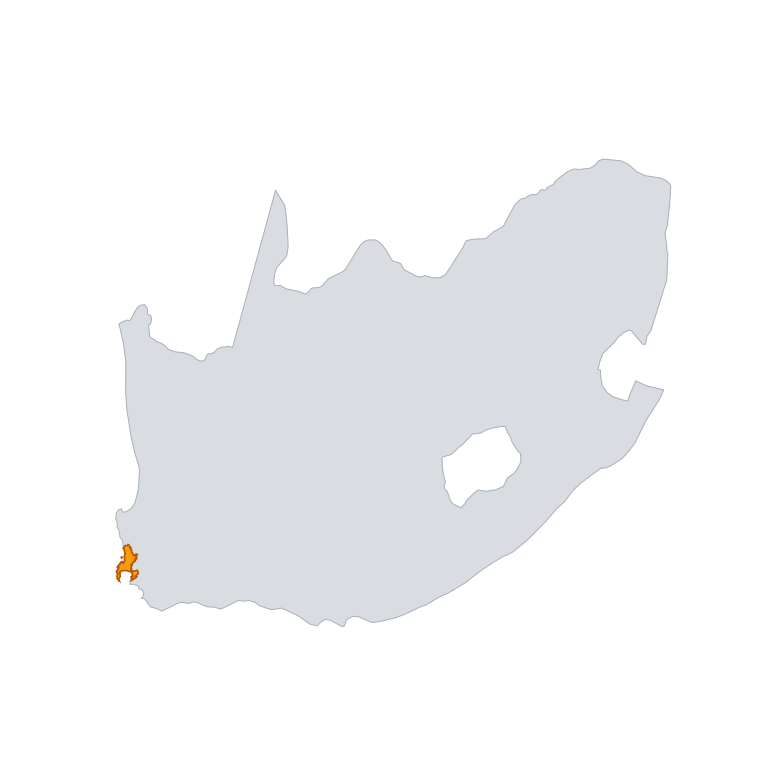 City of Cape Town, Western Cape, South Africa shown in context, rotated 15°
{"feature_id": "47623444B95865124382580", "entity_name": "City of Cape Town", "entity_type": "district", "adm_level": 2, "iso_a3": "ZAF", "parent_name": "South Africa", "parent_adm1": "Western Cape", "projection": "equal_earth", "projection_center": [18.52, -33.915], "detail": "fine", "context": "in_parent", "style": "filled", "palette": "amber", "viewbox_px": 768, "rotation_deg": 15, "n_neighbors": 0, "source": "geoboundaries", "source_scale": "gbopen_adm2", "svg_char_len": 8670}
<svg xmlns="http://www.w3.org/2000/svg" viewBox="0 0 768 768"><g transform="rotate(15 384 384)"><path d="M537.5,110.0L555.5,107.0L563.5,108.7L573.1,113.5L582.1,115.2L597.5,113.5L602.7,114.3L606.9,115.9L609.8,118.5L613.6,137.6L616.7,158.0L616.4,164.6L616.9,167.1L620.9,175.8L622.4,181.2L624.7,185.5L629.6,207.2L630.1,211.0L628.0,263.3L625.7,269.6L626.3,277.7L623.7,278.8L608.9,268.4L606.2,268.8L601.9,272.7L597.7,278.8L595.7,284.0L587.5,298.0L586.7,306.8L587.0,314.4L589.6,314.8L591.2,320.2L595.0,328.9L601.7,334.5L608.1,337.0L617.1,337.6L624.2,337.5L624.0,331.6L626.3,315.9L638.1,317.8L655.7,317.3L654.1,327.5L646.7,350.8L641.5,376.8L635.7,390.0L632.5,395.4L623.6,404.9L619.0,408.1L615.2,409.2L599.9,428.5L594.1,437.8L588.7,451.3L583.7,458.7L576.0,474.5L562.8,497.7L551.9,512.9L547.1,517.3L544.0,519.4L535.5,528.2L523.4,542.3L514.1,554.8L500.5,569.0L492.7,575.2L480.9,587.4L477.6,589.2L464.4,600.5L455.0,607.3L439.9,615.3L433.9,617.5L419.8,615.4L413.9,616.5L408.9,621.3L408.2,628.2L406.2,629.2L393.3,626.1L387.9,626.6L384.7,630.3L382.1,634.9L374.7,635.1L361.6,630.3L346.1,627.4L342.5,627.1L334.9,630.7L332.3,631.2L321.3,630.4L315.3,628.2L309.5,628.1L305.0,630.0L299.6,630.7L284.8,643.5L277.3,643.6L270.7,645.0L259.3,643.3L255.8,644.1L252.4,646.4L244.5,647.4L241.5,649.3L228.2,661.0L222.8,659.8L215.9,659.7L208.2,653.4L205.2,653.8L206.0,651.9L206.2,648.6L203.5,645.2L200.4,645.4L198.8,642.6L194.1,642.3L190.3,643.2L189.6,632.3L187.8,631.2L183.1,631.0L180.8,631.4L179.7,632.4L178.5,634.9L178.5,642.4L176.8,640.3L175.0,635.7L174.4,630.9L175.0,625.1L178.6,623.0L177.5,615.7L172.0,603.1L168.7,600.4L166.0,593.9L163.4,591.6L162.3,587.1L159.7,583.4L158.8,577.7L160.2,574.4L162.5,572.6L164.8,575.5L167.6,574.3L171.7,570.2L174.1,563.9L174.2,553.8L173.6,547.4L170.3,531.1L168.8,527.3L161.5,515.6L153.0,499.8L142.1,474.9L136.9,459.9L128.9,429.6L121.9,412.4L113.4,396.2L112.3,395.2L113.5,393.2L118.1,389.5L120.2,388.5L121.3,389.0L122.3,387.9L123.4,385.4L124.1,379.7L126.2,373.7L128.1,371.1L132.1,369.4L135.2,371.7L136.5,373.9L137.1,376.8L138.4,378.2L140.6,378.1L142.1,379.9L143.0,383.6L142.9,386.3L141.6,387.9L141.8,390.1L143.4,392.8L145.1,398.7L153.4,401.8L158.1,402.2L162.5,403.7L166.6,406.3L173.5,407.0L183.0,405.6L190.8,406.2L196.9,408.8L201.4,409.3L204.1,407.6L205.4,405.3L205.0,402.2L206.4,400.3L209.5,399.4L212.0,397.1L213.8,393.3L218.2,390.2L225.0,387.8L228.3,387.9L229.1,225.1L241.2,236.4L244.0,241.7L249.8,257.0L255.8,275.9L256.8,285.0L256.5,286.9L250.2,299.3L249.9,305.4L250.6,312.5L252.0,316.1L253.8,317.3L258.1,315.5L264.8,317.4L277.5,316.6L283.8,317.5L285.4,316.9L286.8,315.4L288.6,311.1L290.1,309.7L296.0,307.8L298.6,305.4L302.9,296.9L315.7,285.5L317.1,282.8L325.4,255.5L327.8,251.6L331.4,249.0L338.4,247.0L342.5,248.1L346.8,250.5L351.7,254.4L359.0,261.9L361.5,263.0L369.0,263.3L373.5,268.2L387.3,271.5L391.3,271.3L395.7,268.7L402.8,268.8L410.5,266.9L415.2,262.1L424.8,232.2L425.9,225.6L427.0,223.8L434.3,220.4L443.3,217.8L445.1,216.5L450.8,208.1L458.3,201.2L463.9,177.1L467.3,171.4L469.4,169.0L470.7,169.0L472.6,167.5L475.1,164.5L478.0,162.7L481.4,162.0L483.6,160.1L484.6,156.8L486.4,155.2L488.8,155.3L490.3,154.3L490.7,152.2L496.2,147.0L496.4,144.9L499.7,139.8L506.0,131.7L511.9,127.1L517.3,126.2L527.4,122.1L531.1,118.2L533.5,112.9L537.5,110.0ZM510.4,461.2L519.2,457.3L525.8,452.1L527.6,442.6L532.8,436.7L534.8,431.3L536.4,423.7L533.8,415.9L529.8,413.6L522.7,406.8L519.6,402.1L515.3,398.3L512.3,393.6L507.2,395.1L499.3,398.9L494.3,402.3L490.1,406.4L482.6,409.3L475.4,422.3L473.1,425.2L467.4,434.6L459.5,439.3L459.3,441.0L461.7,448.6L465.0,456.3L468.6,462.5L468.3,466.4L469.5,469.3L472.8,471.4L478.2,479.2L480.9,481.7L489.5,483.5L490.8,483.0L493.3,478.4L493.7,475.2L499.8,465.1L502.4,462.0L510.4,461.2Z" fill="#d9dde1" stroke="#a8b0b8" stroke-width="1"/><path d="M188.9,612.3L188.6,612.8L188.1,612.8L188.0,613.5L187.8,613.5L187.8,614.0L187.3,614.4L186.5,613.9L186.3,614.2L185.9,614.2L185.8,613.5L185.2,612.7L185.1,612.8L184.7,612.2L184.3,612.2L183.8,611.7L183.6,611.3L183.5,610.0L183.1,610.1L182.1,609.6L181.9,609.1L182.3,608.9L182.1,607.8L181.8,607.4L180.9,607.6L180.5,607.5L180.5,606.6L180.1,606.3L180.0,606.0L179.6,605.6L178.3,605.2L177.8,606.3L177.3,606.9L176.6,607.0L176.1,606.8L175.5,607.5L175.2,608.2L175.2,608.5L174.6,608.9L174.7,609.4L175.0,609.8L175.2,610.1L175.2,610.3L175.3,610.4L175.3,610.5L175.1,610.6L175.5,610.7L175.6,611.0L175.8,611.5L176.3,611.7L177.3,613.7L177.4,613.9L177.2,614.0L177.4,613.9L177.5,614.0L177.2,614.0L177.5,614.1L177.9,615.5L177.9,616.0L177.6,616.3L177.6,616.5L177.8,617.0L177.9,617.8L178.1,618.4L178.4,619.1L178.7,619.7L179.2,620.8L179.3,621.4L179.4,622.2L179.2,623.1L178.8,623.8L178.6,624.0L178.3,624.0L178.0,623.7L177.7,623.6L177.8,623.7L177.7,623.7L178.0,623.7L177.9,623.8L178.3,624.1L178.1,624.2L178.1,624.3L178.0,624.2L177.7,623.8L178.0,624.1L177.9,624.2L178.0,624.3L177.8,624.3L177.7,624.2L177.8,624.3L177.3,623.9L177.5,623.7L177.6,623.8L177.5,623.7L177.4,623.6L177.3,623.8L177.3,623.7L177.2,623.8L177.2,623.7L177.3,623.7L177.2,623.6L177.3,623.5L177.6,623.4L177.1,623.6L176.9,623.4L176.4,623.5L176.2,623.9L176.0,624.2L175.8,624.4L175.8,624.6L175.7,624.7L175.8,625.1L175.7,625.2L175.6,625.3L175.8,625.6L175.7,625.8L175.7,625.7L175.8,626.0L175.6,626.0L175.6,626.6L175.3,627.0L175.2,626.9L175.0,627.2L174.8,627.2L174.7,627.3L174.7,627.6L174.6,627.8L174.6,628.1L174.4,628.2L174.4,628.3L174.3,628.6L174.0,628.9L173.6,628.9L173.9,629.0L173.7,629.3L173.6,629.6L174.1,629.8L174.1,630.0L174.7,630.3L174.8,630.2L174.9,629.9L174.8,630.0L174.7,630.0L174.9,629.8L174.8,629.7L175.1,629.7L175.3,629.8L175.3,630.1L175.5,630.4L175.3,630.8L175.1,631.0L175.1,631.3L174.9,631.6L175.1,631.9L175.1,632.2L174.9,633.2L174.5,633.1L174.3,633.5L174.0,633.6L174.0,633.8L173.9,633.9L174.0,634.3L174.5,635.2L174.7,635.4L174.8,635.2L175.0,635.2L175.3,635.6L175.6,636.0L175.6,636.3L175.6,636.7L175.8,637.5L175.7,637.9L175.9,638.4L175.8,638.5L175.9,638.8L176.0,639.1L175.8,639.2L175.8,639.3L176.1,639.5L176.3,639.9L176.4,640.0L176.7,640.6L176.5,640.8L177.0,641.2L177.0,641.4L177.2,641.6L177.4,641.8L177.9,642.0L178.1,642.0L178.3,642.1L178.4,642.3L178.6,642.5L178.8,642.8L179.0,642.9L179.1,642.7L179.6,642.9L179.3,642.5L179.1,642.5L178.8,642.2L178.6,641.5L178.4,641.3L178.5,641.2L178.4,640.9L178.6,640.4L178.6,640.2L178.9,639.6L178.9,639.4L178.7,639.2L178.7,638.8L179.0,638.5L178.9,638.1L179.0,637.9L178.9,637.8L178.9,637.7L179.0,637.6L178.7,637.3L178.5,636.6L178.2,636.1L177.9,635.7L177.7,635.6L177.9,635.8L177.7,635.7L177.7,635.8L177.6,635.7L177.6,635.9L177.4,635.9L177.3,635.5L177.4,635.0L177.6,634.8L177.5,634.5L177.6,634.4L177.8,634.1L177.7,633.8L177.5,633.7L177.8,633.3L178.0,633.3L178.1,633.2L178.6,632.6L178.7,632.4L179.0,632.2L179.8,631.9L181.4,631.5L182.5,631.1L183.9,630.8L184.9,630.8L185.7,630.9L185.9,630.8L187.3,630.9L188.4,631.2L189.2,631.7L189.7,632.0L190.0,632.4L190.0,632.6L190.3,632.9L190.3,633.0L191.1,634.0L191.4,634.3L191.5,634.5L191.3,634.6L191.2,634.7L191.2,634.8L190.3,635.2L190.0,635.5L189.9,635.8L189.9,636.0L190.0,636.0L189.9,636.0L190.3,636.4L190.4,636.7L190.3,636.9L190.4,637.0L190.6,637.3L191.0,637.9L191.0,638.1L191.1,638.5L191.0,638.9L190.8,639.2L191.4,638.9L191.5,638.7L191.9,638.3L191.7,637.5L192.3,637.7L192.5,637.4L192.5,636.9L192.8,636.9L192.9,636.7L193.1,636.7L193.4,636.5L193.5,636.4L193.4,636.3L193.5,636.0L193.8,635.7L194.2,635.5L194.2,635.1L194.5,635.3L195.1,634.3L194.5,634.2L194.6,633.7L193.9,633.6L194.6,632.1L195.9,630.9L195.3,629.2L195.2,629.2L194.7,628.6L194.2,628.1L193.9,627.9L193.5,627.8L193.4,627.7L193.2,627.9L193.1,628.1L193.2,628.3L192.4,628.8L192.1,629.0L191.8,629.1L191.6,629.2L191.4,629.1L191.1,629.0L191.3,629.2L191.2,629.3L191.3,629.3L190.6,629.7L190.4,629.7L190.1,629.5L189.9,629.4L189.5,629.9L189.8,629.9L189.7,630.2L189.6,630.4L189.5,630.0L189.0,630.0L188.2,629.6L188.3,629.4L188.0,629.1L187.9,629.2L187.7,628.9L187.4,628.6L187.5,628.5L187.4,628.3L187.6,628.2L187.8,627.9L187.3,627.3L187.6,627.2L187.4,627.0L187.1,626.4L187.1,626.2L187.3,625.2L187.5,625.0L187.5,624.8L187.4,624.9L187.0,624.5L186.9,624.6L186.4,624.4L186.6,623.6L186.7,623.4L187.2,623.1L187.3,623.2L187.6,622.9L187.7,623.2L187.8,622.8L187.6,622.4L187.6,621.8L187.8,621.3L187.8,620.7L188.3,620.6L188.3,620.3L189.1,620.0L188.9,619.9L188.8,619.4L189.2,619.1L189.6,618.4L188.9,617.8L189.7,617.5L189.6,616.7L190.4,616.6L189.9,615.9L190.0,615.3L189.7,615.2L189.7,615.5L189.6,615.3L189.4,615.2L189.3,615.3L189.1,615.3L189.2,614.8L189.1,614.1L189.4,613.8L190.0,612.5L188.9,612.3ZM175.5,618.8L175.3,618.8L175.1,619.3L175.2,619.6L175.2,619.8L175.6,620.1L175.9,620.0L175.9,619.7L175.7,619.3L175.7,619.2L175.8,619.2L175.7,619.2L175.8,619.1L175.6,619.1L175.7,618.9L175.5,618.8Z" fill="#f59e0b" stroke="#b45309" stroke-width="1.5"/></g></svg>